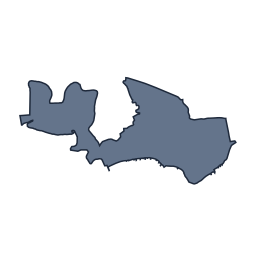 Boca del Río, Veracruz, Mexico, rotated 95°
{"feature_id": "50627088B5149905661880", "entity_name": "Boca del Río", "entity_type": "district", "adm_level": 2, "iso_a3": "MEX", "parent_name": "Mexico", "parent_adm1": "Veracruz", "projection": "orthographic", "projection_center": [-96.121, 19.113], "detail": "fine", "context": "isolated", "style": "filled", "palette": "slate", "viewbox_px": 256, "rotation_deg": 95, "n_neighbors": 0, "source": "geoboundaries", "source_scale": "gbopen_adm2", "svg_char_len": 5864}
<svg xmlns="http://www.w3.org/2000/svg" viewBox="0 0 256 256"><g transform="rotate(95 128 128)"><path d="M167.7,147.8L167.1,145.7L172.0,143.1L171.9,143.0L168.8,144.5L167.7,143.2L166.7,141.5L164.1,136.9L162.0,132.4L161.0,129.1L160.7,127.0L161.0,126.8L161.1,126.6L160.7,126.2L160.1,125.1L160.1,124.6L160.5,124.5L160.8,124.0L160.5,124.2L160.2,123.9L159.4,121.9L158.9,120.9L158.7,119.6L159.2,119.3L159.8,118.8L159.2,119.2L158.7,119.3L158.1,117.5L159.5,117.0L159.4,116.9L158.2,117.3L157.6,115.5L157.3,113.3L158.3,113.0L158.2,112.9L157.3,113.1L156.9,111.8L156.8,110.4L157.7,110.2L156.7,110.2L156.4,108.5L157.5,108.3L157.5,108.1L156.2,108.3L156.0,106.2L157.1,106.2L156.0,106.0L155.7,104.1L155.8,102.9L157.0,102.8L157.0,102.7L155.9,102.7L156.0,100.8L156.6,97.6L157.0,96.9L158.4,97.2L157.2,96.7L157.4,96.1L158.1,94.7L158.7,94.1L160.0,94.4L160.0,94.2L159.4,94.1L159.4,93.8L160.3,92.5L160.9,91.8L161.3,91.6L162.4,92.5L162.6,92.4L161.5,91.4L162.2,89.9L163.9,88.7L162.3,86.8L162.4,85.3L162.3,81.6L162.1,79.6L162.4,77.4L162.7,76.0L163.1,74.8L163.9,75.1L164.5,75.6L164.4,75.4L164.1,75.0L163.2,74.7L164.7,71.2L166.0,69.5L166.7,69.0L167.9,68.3L168.2,68.4L169.7,67.5L170.9,67.0L171.4,66.6L173.0,65.0L173.4,64.8L175.6,63.1L176.3,62.9L176.7,62.1L177.0,60.9L177.3,59.8L177.7,58.5L177.9,57.3L177.8,56.7L176.8,54.4L175.6,53.1L174.0,50.7L172.7,49.4L171.4,48.3L169.3,46.2L167.3,43.6L166.3,41.9L167.6,40.7L166.0,41.6L164.6,40.1L164.3,39.2L164.6,38.3L165.2,37.7L164.4,37.6L163.7,37.7L162.8,38.2L162.1,38.8L161.9,38.6L161.2,37.8L159.9,36.0L159.6,35.1L159.7,34.6L160.2,34.4L159.6,34.4L158.7,34.8L158.0,34.1L157.8,33.3L158.1,32.6L157.7,32.5L156.8,32.9L156.7,32.6L156.6,32.3L156.3,32.0L156.4,31.4L156.7,31.0L156.1,30.8L155.5,30.9L155.1,30.4L154.6,29.9L152.1,28.9L151.0,27.5L150.2,27.0L149.8,26.8L140.7,24.9L136.8,23.6L136.2,23.2L135.6,22.6L133.0,19.3L131.8,20.1L131.6,20.6L132.6,24.9L127.2,26.6L123.3,27.6L111.1,31.2L109.9,31.4L110.0,32.3L109.9,33.5L109.7,35.3L109.8,38.1L110.1,40.5L110.3,41.6L110.9,45.9L111.4,49.8L112.5,53.1L112.5,56.0L114.1,62.6L114.0,63.5L113.6,66.5L112.8,67.6L112.4,67.7L111.4,67.7L110.7,67.7L107.4,69.3L106.8,69.4L105.1,69.4L103.9,69.6L103.2,69.9L102.1,70.7L99.8,73.4L99.1,74.4L98.2,75.2L97.6,75.5L96.8,75.8L94.9,76.0L95.3,77.4L95.1,78.2L92.8,80.8L92.2,82.4L88.3,94.6L85.3,104.0L82.9,112.2L82.1,115.0L80.3,122.8L78.4,131.6L78.2,132.5L78.1,134.5L78.8,134.4L81.0,134.6L81.3,135.2L81.5,136.4L82.2,136.8L83.0,136.8L83.7,136.2L84.3,135.3L86.0,133.5L86.5,132.8L88.1,132.1L88.7,131.5L89.4,131.4L94.8,129.1L98.9,126.7L99.4,126.2L99.6,125.8L100.6,125.9L101.2,125.9L101.6,126.1L101.9,126.0L102.2,125.8L102.5,125.5L102.4,124.9L101.9,123.3L101.9,122.8L102.4,122.3L102.9,122.1L104.4,121.8L104.6,121.6L104.9,121.3L104.6,120.3L104.7,119.6L105.1,119.2L105.9,118.9L106.6,118.9L107.9,119.0L109.0,120.4L109.4,121.1L109.7,121.6L110.3,121.6L110.9,121.5L111.4,121.2L111.9,120.1L111.9,118.7L111.9,118.1L112.1,117.7L113.0,117.8L113.6,119.7L116.4,123.8L119.6,122.2L121.3,123.3L122.6,123.4L124.1,122.8L125.1,123.7L125.2,124.6L126.9,127.5L128.4,129.0L128.9,132.2L131.4,131.8L134.6,135.4L135.4,134.9L136.0,134.9L137.4,134.6L137.8,134.7L138.4,135.0L138.8,135.5L139.9,136.2L140.7,136.8L141.5,137.8L141.9,138.4L141.9,138.9L141.4,140.8L141.3,141.4L141.1,141.9L140.8,142.5L140.6,143.3L140.6,144.6L140.8,145.2L141.0,146.4L143.8,152.2L146.2,153.8L148.1,154.7L144.9,156.4L143.4,157.8L142.0,159.4L141.2,159.7L140.2,160.3L138.7,162.1L136.9,163.8L134.0,166.7L132.9,167.1L131.4,167.0L129.6,165.9L127.9,164.5L125.5,163.4L123.7,162.8L121.8,162.6L116.4,162.3L114.0,163.0L110.7,163.1L109.4,163.3L102.7,162.7L99.8,161.9L98.8,161.7L96.2,161.4L95.3,161.5L94.4,161.8L93.7,162.6L93.4,163.7L93.2,165.3L93.4,167.0L94.1,170.1L94.3,171.7L94.6,172.9L94.7,173.7L94.5,176.2L93.5,177.5L92.3,178.3L91.7,178.6L90.6,179.0L88.8,179.7L88.5,180.7L87.9,181.2L87.7,181.7L87.3,182.6L87.1,183.7L87.2,184.7L87.4,185.9L88.7,187.8L89.3,188.9L91.8,191.1L92.7,191.8L94.4,192.7L96.7,193.7L98.8,194.1L103.7,194.2L105.3,194.4L107.9,195.3L108.6,196.3L108.9,197.0L108.8,197.8L109.2,199.2L109.6,203.3L109.9,205.1L110.1,207.5L110.0,208.0L109.6,208.1L109.2,208.2L107.9,208.4L107.1,208.3L106.6,208.1L104.7,207.4L102.4,206.8L101.1,206.8L98.5,207.3L96.6,208.4L95.3,209.7L94.0,210.5L92.8,211.7L91.5,213.8L91.0,215.2L90.6,216.6L90.1,218.1L89.7,220.4L89.6,221.3L89.7,221.7L89.7,223.0L89.6,223.5L89.5,224.7L89.6,225.7L89.4,226.6L89.4,228.3L89.8,229.6L90.3,230.3L91.2,230.7L92.2,231.0L94.3,230.7L95.0,230.2L96.0,229.9L96.9,229.1L99.2,228.9L100.7,228.6L123.5,227.0L124.6,233.5L125.1,236.7L134.9,234.1L134.7,234.1L134.3,233.8L133.6,233.3L132.4,232.0L131.4,229.4L131.2,228.1L130.9,227.5L130.4,227.0L130.1,226.4L129.5,225.6L129.1,224.8L128.9,224.3L128.6,223.6L128.9,223.5L129.5,223.7L130.4,225.4L130.7,225.8L131.1,226.2L131.4,227.0L131.7,227.5L132.5,228.4L133.6,228.7L134.3,228.4L135.2,228.3L135.4,227.8L136.0,227.0L136.3,225.4L136.5,222.6L137.0,221.4L137.1,220.1L137.8,218.8L138.3,215.3L138.2,214.1L138.7,212.0L139.4,209.5L140.2,205.6L140.2,204.9L140.7,202.9L140.6,201.3L140.9,199.7L141.1,197.1L140.8,196.2L140.4,194.3L140.3,192.5L139.8,190.4L139.8,188.3L139.2,185.3L139.1,183.9L138.9,183.3L138.7,183.1L138.3,182.3L137.6,181.6L137.1,181.6L137.0,181.9L136.9,182.1L136.8,183.3L136.8,183.5L136.3,183.6L136.1,183.6L135.8,183.6L135.5,183.5L135.3,183.0L135.2,182.4L135.2,181.9L135.4,181.3L136.5,180.5L139.0,179.1L139.5,178.7L140.7,178.2L141.0,177.8L147.1,177.4L149.4,177.9L150.9,179.8L151.4,182.4L153.7,183.5L155.0,183.2L155.5,175.9L153.9,172.9L153.4,167.1L155.3,165.3L159.4,166.9L160.2,167.0L161.4,166.8L161.9,166.5L163.1,165.4L165.0,164.1L165.6,163.5L166.3,163.1L166.8,162.5L166.8,161.9L166.7,161.5L166.1,161.1L164.1,160.0L163.2,159.2L162.4,158.3L162.0,157.4L161.9,157.0L161.6,155.1L161.2,154.5L161.1,153.4L161.2,152.3L161.4,151.6L162.0,151.2L162.3,150.7L162.7,150.7L163.3,150.3L166.2,148.7L167.7,147.8Z" fill="#64748b" stroke="#1e293b" stroke-width="1.5"/></g></svg>